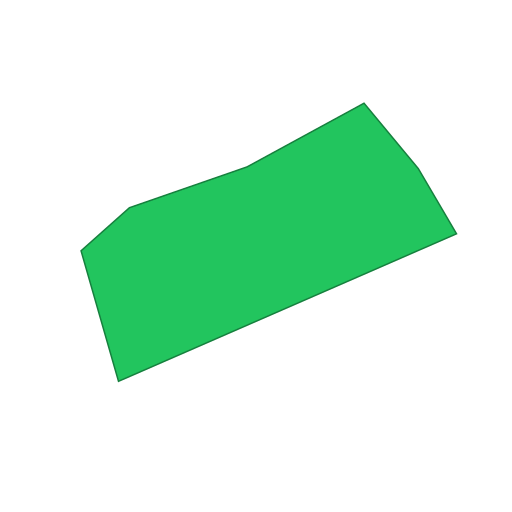 SVG path tracing the border of Luxor, rotated 223°
{"feature_id": "EGY-5494", "entity_name": "Luxor", "entity_type": "Governorate", "adm_level": 1, "iso_a3": "EGY", "parent_name": "Egypt", "parent_adm1": "", "projection": "equal_earth", "projection_center": [32.651, 25.707], "detail": "fine", "context": "isolated", "style": "filled", "palette": "green", "viewbox_px": 512, "rotation_deg": 223, "n_neighbors": 0, "source": "natural_earth", "source_scale": "10m", "svg_char_len": 265}
<svg xmlns="http://www.w3.org/2000/svg" viewBox="0 0 512 512"><g transform="rotate(223 256 256)"><path d="M271.1,70.6L387.5,140.5L381.5,205.0L323.3,315.1L281.2,441.4L196.9,430.6L124.5,409.0L271.1,70.6Z" fill="#22c55e" stroke="#15803d" stroke-width="1.5"/></g></svg>